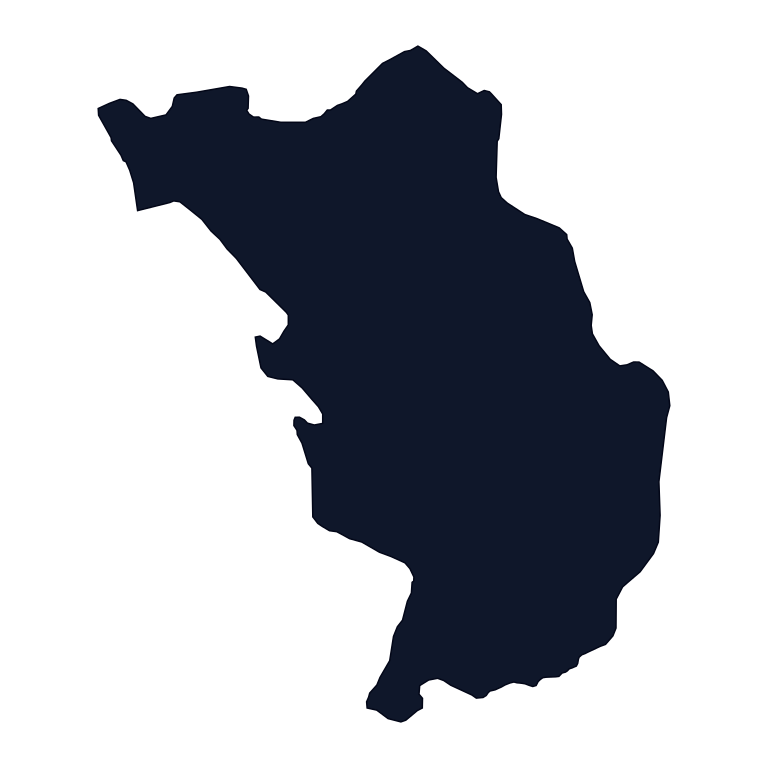 the district of Tejutla, San Marcos, Guatemala
{"feature_id": "79465075B17053106613054", "entity_name": "Tejutla", "entity_type": "district", "adm_level": 2, "iso_a3": "GTM", "parent_name": "Guatemala", "parent_adm1": "San Marcos", "projection": "albers", "projection_center": [-91.837, 15.154], "detail": "fine", "context": "isolated", "style": "filled", "palette": "ink", "viewbox_px": 768, "rotation_deg": 0, "n_neighbors": 0, "source": "geoboundaries", "source_scale": "gbopen_adm2", "svg_char_len": 2865}
<svg xmlns="http://www.w3.org/2000/svg" viewBox="0 0 768 768"><path d="M566.7,234.6L559.3,227.9L537.4,218.8L524.8,214.5L507.3,203.1L501.2,197.6L498.5,191.7L496.1,177.3L497.2,141.3L498.8,138.7L501.5,114.4L501.2,104.6L499.0,102.2L491.3,93.7L489.4,91.8L484.2,90.5L477.5,93.7L467.5,87.7L462.3,82.3L443.9,68.2L426.2,50.9L417.9,46.1L410.3,50.5L404.5,51.6L389.0,60.1L382.5,63.4L364.9,81.0L361.8,84.9L356.4,91.1L355.8,94.1L347.6,101.4L342.0,103.8L337.4,105.4L330.5,110.0L327.3,110.0L324.2,113.8L320.9,116.7L313.3,118.4L305.4,122.3L280.9,122.3L261.4,119.1L258.8,117.0L253.5,117.1L249.0,114.0L246.7,110.3L248.1,108.4L248.5,96.0L246.2,89.3L242.0,88.1L229.6,86.5L196.7,92.2L177.0,94.8L174.2,98.0L172.3,106.4L166.0,114.9L150.8,118.4L145.1,116.4L132.9,103.9L126.2,100.3L120.0,99.4L109.3,103.4L98.2,108.5L98.6,115.3L111.1,137.6L111.5,140.8L121.0,155.2L123.3,160.6L126.0,161.8L129.7,170.2L133.6,182.8L137.6,210.6L153.2,206.7L169.9,202.5L173.7,200.9L179.9,201.8L190.3,210.0L201.9,219.4L211.1,231.1L219.9,239.3L227.2,249.1L234.1,256.1L236.4,258.5L260.0,289.5L265.7,292.0L286.4,312.4L288.3,315.1L288.3,324.9L284.0,331.1L279.5,338.9L272.7,343.9L260.1,336.1L255.3,337.1L256.5,346.1L261.0,367.9L267.8,376.4L277.8,378.9L292.8,379.8L302.2,388.0L312.2,399.7L318.4,406.7L322.7,414.0L322.7,423.4L314.3,425.0L307.4,423.1L304.4,419.9L299.5,417.2L295.2,417.3L294.0,420.2L293.9,425.6L297.0,430.3L297.3,434.6L302.0,443.2L308.3,463.7L311.9,468.1L312.8,516.9L317.8,523.4L322.4,526.5L329.5,530.7L336.8,531.7L349.7,538.7L361.7,542.0L379.4,552.2L391.0,556.5L404.9,562.8L409.9,568.6L413.9,577.0L413.7,581.1L412.1,582.3L411.4,593.0L407.4,601.2L402.5,620.2L397.4,626.7L393.5,636.4L389.7,660.7L380.0,677.4L376.9,685.0L369.7,693.1L368.6,697.2L366.6,701.8L367.1,708.0L376.7,710.1L388.1,718.6L400.9,721.9L405.8,720.2L417.3,710.6L422.3,708.0L422.5,698.3L419.0,694.2L419.7,685.6L428.7,680.0L437.6,678.3L443.7,680.5L450.7,685.2L471.9,695.0L476.3,698.1L483.0,697.5L486.2,695.5L488.2,692.6L490.0,691.0L492.7,690.4L495.2,689.8L498.9,688.1L501.2,687.1L505.1,684.9L509.9,683.0L513.9,682.0L517.0,682.8L519.6,683.0L522.0,683.3L525.1,683.8L527.7,684.8L529.9,685.6L532.8,686.5L536.1,685.5L537.1,683.6L538.1,681.6L540.3,679.5L542.8,677.7L546.0,677.2L548.0,677.1L553.1,676.9L555.7,676.8L558.9,676.4L560.3,674.9L562.1,673.0L565.5,672.1L567.3,670.9L569.3,668.8L572.4,667.8L574.1,667.0L576.3,666.1L577.7,663.4L578.4,659.3L579.1,657.2L581.8,654.8L585.2,653.5L587.1,652.5L597.5,647.6L600.3,646.3L605.5,644.4L612.9,635.9L616.0,628.1L616.2,599.1L622.6,586.9L627.5,582.6L640.1,571.8L653.5,553.6L658.3,542.2L660.1,515.4L658.9,481.7L666.6,417.6L669.8,405.7L668.3,392.0L662.2,380.3L653.1,370.9L639.1,362.1L633.6,362.0L627.1,364.8L619.8,365.9L610.2,359.3L599.1,345.8L592.4,333.8L591.2,325.4L592.2,314.7L589.8,302.6L583.7,291.7L574.7,261.5L572.3,248.1L567.1,239.1L566.7,234.6Z" fill="#0f172a" stroke="#020617" stroke-width="1.5"/></svg>